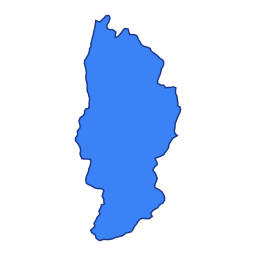 Brazópolis, Minas Gerais, Brazil (Albers equal-area conic projection)
{"feature_id": "56859067B60324732973006", "entity_name": "Brazópolis", "entity_type": "district", "adm_level": 2, "iso_a3": "BRA", "parent_name": "Brazil", "parent_adm1": "Minas Gerais", "projection": "albers", "projection_center": [-45.631, -22.49], "detail": "fine", "context": "isolated", "style": "filled", "palette": "blue", "viewbox_px": 256, "rotation_deg": 0, "n_neighbors": 0, "source": "geoboundaries", "source_scale": "gbopen_adm2", "svg_char_len": 2649}
<svg xmlns="http://www.w3.org/2000/svg" viewBox="0 0 256 256"><path d="M176.2,120.8L177.3,117.9L178.7,114.8L180.0,112.1L180.6,109.5L179.9,106.9L177.8,105.9L177.8,102.9L177.4,99.8L176.9,96.3L175.5,93.2L175.5,90.3L175.9,87.9L173.9,86.9L171.2,87.4L168.5,87.4L165.6,87.8L163.8,85.3L160.5,85.0L157.4,83.1L157.7,80.7L158.3,78.7L159.1,76.8L160.2,74.1L160.9,71.6L161.2,69.3L162.6,67.0L163.7,64.1L163.6,61.4L162.1,59.6L159.9,58.4L158.2,56.5L156.1,54.7L154.4,53.4L152.3,52.0L150.9,50.5L150.0,48.3L147.2,47.2L143.3,46.1L141.1,44.3L140.1,42.1L138.4,39.6L137.5,36.9L136.2,35.3L133.9,34.6L131.4,34.6L129.4,34.3L128.8,31.9L128.0,28.9L124.5,28.6L122.7,30.8L121.0,33.1L119.6,34.7L117.6,36.8L115.3,37.5L115.3,34.6L115.9,32.2L114.2,30.6L112.1,29.6L109.8,29.6L107.6,28.8L106.8,26.8L107.1,24.7L108.6,22.2L110.0,18.5L109.3,16.0L107.6,15.4L105.6,16.0L104.4,17.7L102.6,19.2L100.3,21.8L97.9,21.4L95.8,20.5L95.4,23.7L95.0,26.6L94.4,29.4L93.7,31.9L93.4,34.4L92.7,36.5L92.1,39.0L91.4,42.0L90.8,44.1L91.1,46.4L89.7,48.4L89.3,51.5L88.2,54.8L87.1,56.6L86.0,58.7L84.6,60.4L84.5,63.1L85.0,66.0L85.7,67.9L86.0,70.3L86.5,72.4L86.0,75.3L85.8,78.5L86.4,81.0L87.2,84.5L87.2,87.3L87.2,89.6L87.4,91.6L88.4,93.6L88.8,95.9L89.5,97.8L89.5,100.2L89.1,103.3L89.1,105.6L88.8,108.2L85.8,109.0L84.6,111.0L84.5,113.7L83.0,115.9L81.0,117.1L79.7,118.5L79.0,121.2L79.7,124.1L80.3,126.7L79.4,128.9L77.3,130.9L77.7,133.6L77.3,135.6L75.4,138.0L75.6,140.9L77.7,143.3L78.9,145.1L80.2,147.8L80.6,150.8L80.0,153.9L81.0,156.5L81.8,158.6L84.3,159.0L87.7,159.0L90.4,159.5L90.9,161.6L90.5,164.1L90.0,166.2L89.0,168.4L88.3,172.0L87.0,175.0L86.1,177.5L85.8,180.3L86.4,183.1L88.3,184.5L90.7,185.3L94.2,187.7L97.4,188.5L102.1,188.8L103.8,190.3L102.2,196.3L103.7,199.2L103.9,201.9L104.5,204.0L101.5,204.9L100.8,207.6L98.9,211.1L100.1,214.0L97.1,217.4L96.1,219.8L94.0,223.5L94.9,226.1L92.4,228.9L90.7,230.1L91.6,232.5L95.4,235.1L96.1,238.1L98.0,239.7L99.9,240.6L103.7,239.3L107.7,239.6L112.0,239.0L115.0,237.6L122.5,235.7L126.3,232.8L128.7,232.5L131.2,231.7L133.0,229.4L134.5,226.2L136.2,224.4L137.8,221.6L140.2,219.0L142.3,218.4L147.0,218.7L149.5,218.5L152.2,216.4L150.6,212.9L153.9,209.8L157.5,207.8L159.1,205.3L160.8,204.1L162.7,203.1L164.7,200.0L164.5,197.0L163.5,194.4L161.6,191.5L159.2,189.8L156.4,188.5L154.5,186.7L155.2,183.7L156.3,181.2L157.2,178.5L156.2,175.6L155.0,172.8L152.9,170.5L153.6,168.4L154.8,166.7L156.7,165.4L157.3,163.5L156.2,161.0L155.1,158.2L158.5,157.0L161.2,155.9L163.6,154.8L165.2,152.3L166.9,150.1L168.4,148.0L168.9,144.5L170.9,141.0L172.8,138.3L175.1,136.9L177.3,135.6L175.1,133.8L174.3,131.1L174.9,127.7L175.2,123.6L176.2,120.8Z" fill="#3b82f6" stroke="#1e3a8a" stroke-width="1.5"/></svg>